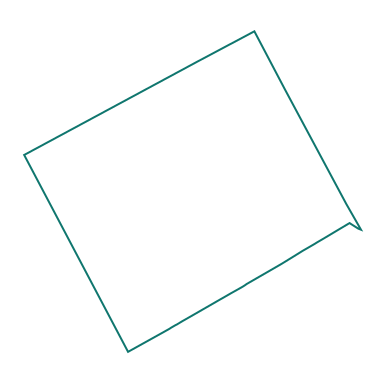 the district of Van Buren, Iowa, United States of America, rotated 332°
{"feature_id": "52423323B67583830123101", "entity_name": "Van Buren", "entity_type": "district", "adm_level": 2, "iso_a3": "USA", "parent_name": "United States of America", "parent_adm1": "Iowa", "projection": "equal_earth", "projection_center": [-91.922, 40.75], "detail": "fine", "context": "isolated", "style": "outline", "palette": "teal", "viewbox_px": 384, "rotation_deg": 332, "n_neighbors": 0, "source": "geoboundaries", "source_scale": "gbopen_adm2", "svg_char_len": 507}
<svg xmlns="http://www.w3.org/2000/svg" viewBox="0 0 384 384"><g transform="rotate(332 192 192)"><path d="M61.2,80.5L60.5,303.1L107.9,302.2L109.9,302.0L115.4,301.8L115.9,301.9L123.1,301.5L124.1,301.5L145.8,300.8L163.4,300.2L179.1,299.7L192.3,299.4L194.9,299.2L197.1,298.9L237.4,297.5L257.8,296.2L262.1,295.9L268.3,295.7L276.1,295.4L278.8,295.2L284.2,295.0L316.5,293.4L321.6,302.4L323.5,304.6L322.6,274.8L322.2,144.5L322.5,79.4L257.5,79.4L61.2,80.5Z" fill="none" stroke="#0f766e" stroke-width="2"/></g></svg>